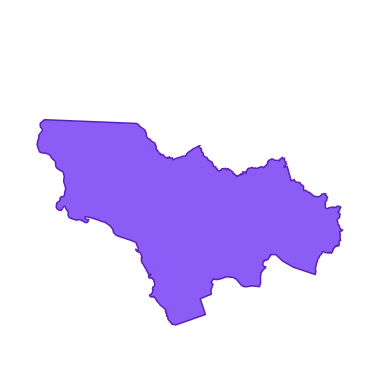 outline of Arjona, Bolívar, Colombia, rotated 67°
{"feature_id": "7082276B1318225451124", "entity_name": "Arjona", "entity_type": "district", "adm_level": 2, "iso_a3": "COL", "parent_name": "Colombia", "parent_adm1": "Bolívar", "projection": "orthographic", "projection_center": [-75.362, 10.178], "detail": "fine", "context": "isolated", "style": "filled", "palette": "violet", "viewbox_px": 384, "rotation_deg": 67, "n_neighbors": 0, "source": "geoboundaries", "source_scale": "gbopen_adm2", "svg_char_len": 6020}
<svg xmlns="http://www.w3.org/2000/svg" viewBox="0 0 384 384"><g transform="rotate(67 192 192)"><path d="M267.7,65.4L267.0,64.8L266.8,63.4L265.8,63.0L264.3,61.1L263.7,61.1L263.2,62.0L262.2,62.6L261.9,64.2L262.5,65.3L261.9,66.2L261.8,67.3L260.9,68.0L260.0,72.0L260.3,72.9L260.0,74.3L259.0,75.2L257.2,75.1L256.4,74.3L253.6,73.6L252.4,71.3L250.4,70.1L250.0,69.4L248.5,69.6L246.9,70.5L246.2,69.6L245.2,70.8L244.8,72.6L244.9,73.6L245.7,74.8L245.9,77.1L245.2,78.8L243.3,81.5L242.2,81.9L241.5,82.6L240.8,82.6L239.7,83.4L238.2,84.0L237.6,85.2L236.6,85.6L234.5,87.2L234.4,88.3L233.2,88.3L230.1,87.0L227.4,88.8L225.5,88.9L225.1,90.0L224.1,91.0L223.7,92.3L223.3,92.7L221.9,93.0L220.5,93.0L220.6,96.3L205.7,94.4L205.1,97.4L204.1,97.2L203.5,94.1L201.0,93.8L200.1,94.7L197.1,93.7L197.2,95.0L195.5,95.3L196.3,98.4L197.3,99.3L196.9,99.5L195.3,103.3L192.7,105.3L193.0,106.2L192.7,107.4L193.1,109.1L193.5,109.7L193.4,110.1L194.1,110.8L195.5,111.2L196.0,112.8L196.6,113.2L196.8,114.7L197.7,116.5L196.4,117.2L196.4,117.9L195.7,118.9L195.7,122.4L195.3,123.8L194.6,124.2L194.3,125.6L193.8,126.6L192.7,127.2L192.8,129.7L192.2,130.7L192.5,131.6L193.5,132.9L195.6,134.9L194.8,134.9L194.6,135.7L194.2,135.4L193.9,136.9L193.5,137.5L194.0,137.5L194.2,137.9L195.1,138.1L194.8,138.4L195.5,139.3L195.4,139.9L194.9,139.5L194.4,139.9L195.2,142.6L195.2,144.4L194.6,144.2L194.5,144.9L193.0,145.6L192.5,145.6L191.8,146.0L191.8,146.5L191.1,146.8L189.3,146.6L189.2,147.0L187.5,147.8L186.7,148.3L186.7,148.6L186.1,148.7L185.3,149.5L184.1,149.7L184.5,149.8L184.4,150.3L184.8,151.0L184.5,150.9L184.3,151.3L183.3,151.9L183.4,152.7L182.6,154.1L182.4,155.1L182.6,156.2L183.4,156.6L183.5,157.2L183.0,158.1L182.9,159.5L182.0,160.1L181.0,159.7L179.9,160.4L179.0,160.6L178.3,160.3L177.0,161.8L176.1,162.2L175.1,161.9L173.1,161.8L172.3,162.0L169.5,163.9L169.2,164.5L166.5,164.7L164.0,166.7L162.3,167.3L161.8,166.8L159.8,166.6L159.1,167.5L158.2,167.1L157.5,167.4L156.9,166.7L156.2,167.1L155.6,166.6L154.1,167.6L153.1,167.8L152.6,167.7L152.4,167.1L152.1,167.9L152.4,168.9L152.8,174.5L153.5,176.8L153.8,179.4L154.8,181.9L156.0,183.1L156.2,183.8L155.3,187.3L155.5,189.4L155.0,191.0L154.7,197.1L152.9,196.9L152.7,197.8L152.1,198.1L151.6,199.3L150.9,199.2L151.0,200.4L151.4,200.6L151.4,201.1L151.0,201.2L150.6,201.8L150.4,201.7L150.2,202.7L148.3,203.6L147.1,203.7L146.1,204.6L145.8,205.9L145.0,205.8L144.9,206.3L144.3,206.1L143.4,207.2L141.6,207.1L140.3,207.9L139.7,207.7L139.6,208.2L139.3,208.3L137.4,207.8L136.4,207.2L133.8,207.2L133.5,207.4L132.7,207.1L131.4,207.8L130.3,208.9L128.0,210.0L127.2,209.9L125.9,211.3L124.0,212.1L122.2,211.9L120.1,211.1L116.4,211.2L111.4,214.3L108.7,215.1L107.1,216.5L68.0,299.2L68.3,299.4L67.9,300.8L68.6,301.8L69.1,304.0L69.8,305.1L73.1,306.2L75.6,305.2L77.1,305.8L79.1,309.7L80.1,311.0L83.0,312.2L84.0,313.7L86.1,314.8L87.5,316.0L91.2,316.5L95.5,316.6L96.7,315.7L99.4,311.2L101.2,309.3L102.6,308.3L105.8,308.0L110.6,305.8L114.2,307.1L115.4,307.3L117.0,307.1L120.0,305.3L123.1,302.8L127.8,303.5L130.7,305.3L132.4,306.1L138.1,306.6L140.0,307.2L142.3,309.2L145.0,310.6L146.0,311.9L145.3,313.7L145.6,315.3L146.1,315.9L148.3,316.8L148.8,319.6L149.3,320.7L150.8,321.8L152.8,322.9L154.7,322.8L156.9,321.4L157.9,319.6L155.2,315.6L155.3,314.5L158.1,314.7L162.1,313.8L165.1,315.2L166.8,315.2L168.1,314.6L172.5,309.8L173.7,305.9L178.1,302.4L179.0,301.2L179.0,300.2L178.6,299.4L177.0,297.9L175.8,300.1L174.9,300.7L174.0,300.6L173.3,300.2L173.3,299.7L173.9,298.5L175.9,295.4L180.3,290.2L184.5,285.9L185.2,284.5L190.8,280.7L195.3,279.5L198.0,280.0L199.2,279.9L202.0,278.8L203.6,277.4L212.1,267.7L216.5,263.3L217.6,263.2L218.2,263.6L222.8,263.3L223.7,264.2L224.5,264.4L224.3,264.6L224.3,265.5L223.9,265.9L222.2,266.0L223.4,266.3L224.7,266.0L225.7,265.4L227.2,263.6L230.0,263.3L232.4,263.5L232.7,264.2L233.2,263.8L233.8,264.0L234.0,264.8L234.8,265.3L237.9,265.7L240.0,264.9L241.4,265.0L245.5,264.4L250.5,264.2L251.0,262.7L252.0,262.1L252.6,262.9L252.1,264.5L253.1,265.2L254.3,265.0L254.8,264.5L254.8,263.7L255.4,262.9L255.4,262.6L256.8,262.2L257.7,261.5L258.8,262.0L259.7,261.8L260.4,262.1L261.4,262.0L263.9,263.2L264.3,265.3L265.8,266.3L266.9,265.8L267.9,267.0L268.9,267.6L269.5,268.3L270.2,269.7L270.1,270.5L270.4,271.4L270.9,271.5L272.3,271.0L273.5,269.1L273.2,267.9L273.3,267.7L278.6,266.9L282.0,265.7L283.8,265.5L287.5,263.2L288.6,263.1L289.6,262.1L290.8,262.1L291.6,263.2L292.0,262.9L292.6,263.1L292.8,262.8L293.3,263.1L293.9,262.7L295.1,263.5L295.7,263.2L295.9,263.6L296.6,263.7L297.2,263.1L297.8,263.2L299.0,263.7L300.1,263.7L306.1,261.9L307.4,259.4L308.0,259.1L310.0,227.6L307.9,227.3L293.5,226.1L293.6,214.2L289.7,212.9L285.1,208.7L284.5,209.3L283.2,209.3L282.5,209.8L281.3,207.5L280.2,206.0L281.3,205.3L282.4,203.1L283.2,199.3L283.5,193.3L286.7,187.7L288.3,186.2L290.2,185.1L297.3,182.9L299.3,181.3L300.5,178.9L301.9,173.4L305.5,166.9L302.8,164.5L299.5,163.1L298.4,162.8L296.0,161.7L295.2,160.8L293.2,160.2L292.7,158.6L291.9,157.8L291.0,155.6L290.4,153.7L289.6,153.5L288.6,154.8L287.9,155.2L286.5,155.2L284.9,154.4L283.8,153.1L284.0,152.7L283.1,152.2L283.5,151.2L283.3,151.0L283.7,150.5L283.6,149.9L283.9,149.7L283.4,148.9L283.6,148.0L282.4,146.8L282.3,146.1L281.4,145.0L280.7,145.0L280.5,144.5L281.0,143.4L280.6,142.8L281.7,141.2L282.3,139.3L291.0,135.6L300.9,128.0L316.1,110.8L313.7,109.1L310.9,108.4L309.9,107.8L308.4,106.5L306.7,105.6L305.1,104.0L304.9,103.6L302.6,102.3L302.2,100.9L300.1,98.7L299.6,96.8L297.9,95.2L298.0,94.5L299.8,93.1L300.9,91.0L301.4,90.6L301.2,89.9L301.9,89.3L301.8,87.9L302.6,87.8L302.8,87.5L301.3,85.5L300.0,84.3L299.2,84.0L299.2,83.1L298.6,81.9L298.1,81.6L298.2,80.9L297.9,80.5L298.5,80.1L297.9,79.1L298.6,78.8L298.3,78.5L298.6,78.0L298.2,77.8L298.3,77.2L294.9,75.9L294.7,74.2L292.9,73.8L292.3,73.3L290.6,73.3L289.8,72.4L289.0,72.1L286.3,71.6L286.0,71.4L286.4,70.5L286.3,69.2L285.8,68.3L285.1,69.2L284.1,69.5L283.6,70.0L280.7,69.6L279.7,69.7L279.3,70.2L278.8,70.3L276.4,69.5L275.2,69.6L274.3,69.3L272.9,65.8L271.4,65.6L270.6,64.4L269.2,64.6L267.7,65.4Z" fill="#8b5cf6" stroke="#5b21b6" stroke-width="1.5"/></g></svg>